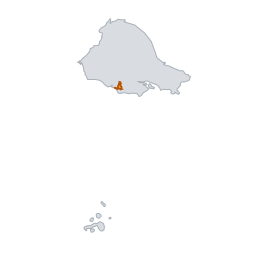 location of Portoviejo, Manabi, Ecuador, rotated 276°
{"feature_id": "8360857B28339541752257", "entity_name": "Portoviejo", "entity_type": "district", "adm_level": 2, "iso_a3": "ECU", "parent_name": "Ecuador", "parent_adm1": "Manabi", "projection": "equal_earth", "projection_center": [-80.352, -0.999], "detail": "fine", "context": "in_parent", "style": "filled", "palette": "amber", "viewbox_px": 256, "rotation_deg": 276, "n_neighbors": 0, "source": "geoboundaries", "source_scale": "gbopen_adm2", "svg_char_len": 5454}
<svg xmlns="http://www.w3.org/2000/svg" viewBox="0 0 256 256"><g transform="rotate(276 128 128)"><path d="M234.8,98.8L234.1,99.4L232.3,99.6L230.9,99.0L230.4,99.0L230.3,99.7L232.1,101.3L233.0,104.1L234.3,105.8L235.1,106.7L235.2,107.3L234.9,108.4L234.9,109.3L235.3,113.7L235.0,113.9L234.0,113.9L233.2,113.2L231.1,123.9L224.3,134.5L216.6,142.0L207.7,146.4L201.1,149.4L200.1,150.6L196.9,155.9L196.7,156.4L197.2,157.3L197.2,157.9L196.7,158.3L196.3,158.3L196.2,158.1L196.0,157.4L195.6,156.8L195.1,156.6L194.8,156.7L194.8,157.3L194.1,160.2L194.1,161.6L193.8,162.2L193.8,163.4L193.1,164.6L192.6,166.5L192.1,167.1L191.4,170.1L190.4,173.1L190.3,174.1L190.6,174.8L190.7,175.4L190.3,177.2L188.0,179.0L187.4,179.9L187.2,180.9L187.3,181.7L187.3,182.4L186.5,182.7L185.8,184.4L185.2,184.8L183.8,184.2L182.7,184.2L181.9,183.7L180.3,180.8L179.7,179.1L179.5,176.8L177.9,175.3L175.8,175.7L175.2,175.2L173.6,174.2L172.3,173.1L171.3,172.6L170.6,172.8L169.3,174.7L168.1,175.5L167.6,175.5L166.9,174.9L166.8,174.3L168.5,171.0L167.2,171.0L166.8,170.3L166.7,169.4L166.5,168.6L166.7,167.5L167.4,167.0L168.5,167.4L169.2,167.4L169.7,166.4L170.6,165.7L170.8,165.2L170.3,163.6L170.2,162.7L170.3,162.2L170.3,160.5L170.0,159.9L169.9,158.9L169.7,158.4L169.6,157.2L168.9,156.6L171.1,155.4L171.8,154.6L172.8,153.8L173.6,152.5L174.2,151.3L175.5,145.8L176.7,142.3L176.5,140.7L175.5,138.4L175.3,135.1L175.3,134.1L175.2,133.3L174.5,134.7L174.7,139.6L174.1,141.8L173.3,142.3L172.8,141.9L173.1,138.4L172.5,139.0L171.5,141.4L169.9,143.2L169.8,143.8L169.4,144.6L168.2,143.9L167.3,143.1L164.2,139.1L162.2,138.3L161.0,136.9L160.7,136.3L160.6,135.5L161.8,134.6L163.1,133.5L163.2,131.0L163.2,129.0L162.2,125.6L162.7,121.3L162.4,119.5L161.4,115.9L162.2,114.1L165.0,112.7L165.9,111.8L166.5,108.9L167.2,107.2L168.5,107.9L169.5,107.8L168.1,107.2L167.0,104.6L166.8,103.4L169.0,99.8L170.1,98.9L171.4,97.0L172.6,94.1L172.8,89.6L172.4,86.4L172.0,83.0L172.7,82.2L174.4,81.7L175.8,80.6L176.5,79.6L178.2,79.8L180.1,78.2L183.2,77.4L187.5,75.6L188.5,74.0L188.1,71.2L189.7,72.9L190.4,74.3L192.6,75.7L195.2,78.4L197.0,79.8L198.8,81.0L201.5,82.3L203.2,82.1L203.9,84.1L204.5,84.7L206.1,85.4L206.3,85.7L206.9,89.4L207.2,89.9L208.6,90.5L210.2,90.7L210.9,90.6L212.4,91.7L214.6,92.5L215.4,92.6L215.8,92.5L215.9,92.1L216.6,92.2L217.6,92.6L219.0,92.7L219.9,92.3L220.1,90.2L220.4,89.7L221.4,89.0L221.9,89.1L224.6,90.8L225.1,91.4L225.8,92.5L227.1,94.2L228.4,95.3L230.5,95.8L232.5,97.6L234.8,98.8ZM25.7,96.4L26.5,97.6L27.0,100.8L29.6,104.2L29.9,106.1L29.7,107.0L29.8,107.4L31.1,108.7L31.9,110.1L30.5,113.5L27.6,114.8L24.4,114.8L23.8,114.4L22.9,113.2L22.8,112.0L23.3,111.0L24.9,109.3L27.4,107.9L27.7,106.7L26.7,105.6L26.0,103.5L24.4,101.9L23.7,97.3L23.1,97.1L22.1,97.7L21.5,97.1L21.5,96.8L22.6,95.8L22.8,95.0L24.5,94.7L25.3,95.3L25.7,96.4ZM38.0,110.5L37.3,110.5L35.3,108.8L35.4,107.1L36.2,106.0L38.8,105.4L39.9,106.5L39.8,108.5L38.9,110.0L38.2,110.2L38.0,110.5ZM171.4,149.3L171.2,149.9L169.9,149.9L169.6,149.7L169.9,146.4L170.2,145.4L171.2,144.4L172.1,143.9L173.2,144.0L174.3,144.9L173.0,146.6L171.9,147.0L171.4,149.3ZM23.7,105.0L22.4,105.3L21.3,104.7L20.8,103.8L20.7,102.4L20.8,101.9L23.2,101.4L24.0,102.6L24.0,104.3L23.7,105.0ZM50.0,112.9L48.4,113.7L47.5,113.0L47.5,112.5L48.3,111.4L49.2,110.9L49.9,109.6L51.3,108.9L51.7,109.0L51.9,109.3L52.0,109.7L51.6,110.7L50.7,111.4L50.0,112.9ZM34.8,102.8L34.2,103.3L31.8,102.7L31.0,101.7L31.6,100.3L32.1,99.7L33.6,100.2L35.1,101.8L34.8,102.8ZM36.8,120.5L36.3,120.5L35.6,119.8L36.1,118.4L37.1,119.1L37.4,119.7L36.8,120.5ZM187.4,74.8L186.7,74.9L186.3,74.1L187.2,73.1L187.5,72.9L187.4,74.8Z" fill="#d9dde1" stroke="#a8b0b8" stroke-width="1"/><path d="M171.7,114.9L171.5,114.6L171.4,114.6L171.4,114.4L171.4,114.2L171.2,114.1L170.9,114.2L170.7,114.2L170.7,114.3L170.5,114.5L170.4,114.5L170.2,114.5L169.9,114.5L169.8,114.4L169.8,114.2L169.7,114.1L169.5,113.9L169.4,113.8L169.3,113.6L169.2,113.6L168.9,113.7L168.7,113.6L168.4,113.7L168.2,113.6L167.9,113.7L167.7,113.7L167.6,113.9L167.5,114.0L167.4,114.0L167.3,113.9L167.0,113.8L166.9,113.8L166.8,113.7L166.6,113.8L166.4,113.5L166.3,113.4L166.2,113.3L166.1,113.2L166.3,113.0L166.3,112.9L166.5,112.7L166.5,112.3L166.6,112.2L166.7,111.9L166.6,111.7L166.5,111.4L166.4,111.4L166.5,111.4L166.4,111.4L166.5,111.3L166.4,111.3L166.4,111.2L166.4,110.9L166.3,111.0L166.3,111.5L166.1,112.3L166.0,112.5L165.8,112.7L165.6,113.1L165.5,113.3L165.7,113.5L165.8,113.6L165.9,113.8L165.9,114.1L166.0,114.2L166.1,114.3L166.1,114.6L166.2,114.8L166.1,115.0L166.0,115.3L166.0,115.5L166.1,115.8L166.3,115.9L166.4,116.0L166.3,116.3L166.2,116.3L165.9,116.4L165.9,116.6L166.0,116.8L166.0,117.0L165.9,117.0L166.0,117.1L166.1,117.3L166.2,117.5L166.1,117.8L166.1,118.0L166.2,117.9L166.3,117.9L166.5,117.7L166.8,117.5L167.0,117.4L167.3,117.4L167.4,117.5L167.5,117.5L167.8,117.5L168.0,117.4L168.2,117.2L168.2,117.3L168.4,117.3L168.5,117.2L168.8,117.0L168.8,116.9L168.9,116.7L169.0,116.5L169.1,116.4L169.3,116.4L169.4,116.2L169.5,116.2L169.8,116.0L170.0,116.1L170.2,115.9L170.3,115.9L170.3,116.0L170.5,116.0L170.5,115.9L170.6,116.0L170.8,116.0L171.0,116.0L171.1,115.9L171.2,116.0L171.3,116.0L171.3,115.9L171.3,116.0L171.5,116.2L171.6,115.9L171.8,115.8L171.9,115.7L171.9,115.8L172.0,115.7L172.3,115.6L172.5,115.6L172.7,115.8L172.8,115.8L172.8,115.7L172.9,115.4L173.0,115.3L173.0,115.2L173.0,114.9L172.9,115.0L172.9,114.9L172.7,114.9L172.4,114.9L172.2,114.9L172.2,115.0L171.9,115.1L171.7,115.1L171.7,114.9L171.7,114.9Z" fill="#f59e0b" stroke="#b45309" stroke-width="1.5"/></g></svg>